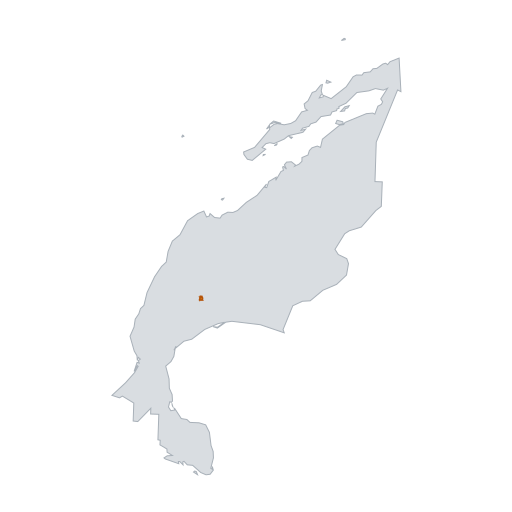 Alfajayucan, Hidalgo, Mexico (highlighted), rotated 92°
{"feature_id": "50627088B1030892779314", "entity_name": "Alfajayucan", "entity_type": "district", "adm_level": 2, "iso_a3": "MEX", "parent_name": "Mexico", "parent_adm1": "Hidalgo", "projection": "mercator", "projection_center": [-99.403, 20.41], "detail": "fine", "context": "in_parent", "style": "filled", "palette": "amber", "viewbox_px": 512, "rotation_deg": 92, "n_neighbors": 0, "source": "geoboundaries", "source_scale": "gbopen_adm2", "svg_char_len": 4760}
<svg xmlns="http://www.w3.org/2000/svg" viewBox="0 0 512 512"><g transform="rotate(92 256 256)"><path d="M53.2,119.9L86.7,116.9L85.1,120.3L138.0,139.8L177.5,139.7L177.5,132.4L202.0,132.5L206.3,137.7L223.4,151.8L227.5,163.6L230.6,168.1L246.6,177.3L251.7,173.8L255.5,165.2L260.4,163.3L271.9,164.9L281.5,174.4L287.9,188.0L298.9,200.3L299.6,208.0L304.4,217.5L328.6,226.4L331.8,225.1L324.5,249.3L322.1,277.8L323.2,283.9L329.4,292.1L328.1,296.4L328.5,292.0L323.3,285.1L324.9,291.5L331.2,304.7L341.4,317.3L343.7,325.1L350.9,333.1L348.9,332.8L353.0,334.7L351.7,333.6L359.2,334.6L364.5,337.3L369.2,342.4L381.9,338.6L391.2,338.0L397.4,335.0L403.9,334.4L405.2,335.5L404.7,337.1L410.0,338.2L413.6,335.7L412.7,331.7L410.9,332.6L411.4,331.8L421.1,325.0L421.8,319.4L424.6,316.2L424.7,307.1L426.5,300.4L433.9,296.4L447.1,294.3L452.8,292.0L459.2,291.5L469.8,293.8L470.6,292.3L467.9,292.3L471.5,291.2L475.7,294.2L476.4,298.3L474.3,303.7L467.4,312.0L467.1,317.4L463.7,320.8L464.3,322.0L467.3,321.6L464.1,325.0L464.1,326.4L466.3,325.9L462.0,339.6L461.0,340.9L458.8,337.8L458.3,332.6L455.2,338.0L452.0,338.3L448.1,345.4L443.5,345.3L443.1,347.6L417.6,347.6L417.6,355.8L411.8,355.8L425.6,368.4L425.2,373.0L407.2,373.0L400.7,384.6L402.5,387.5L400.3,395.1L387.3,382.0L376.8,373.3L370.4,369.9L369.7,370.8L375.6,373.8L366.4,371.1L367.1,369.0L364.6,369.9L363.1,368.0L361.4,370.0L364.5,371.0L359.8,371.5L355.2,374.4L340.6,379.1L331.3,375.4L323.3,374.5L317.9,371.1L312.6,369.6L309.3,366.3L296.3,363.6L280.2,356.6L269.7,350.0L265.2,345.5L254.4,344.0L244.0,340.1L237.4,332.7L223.1,325.6L215.6,315.7L212.9,309.7L218.7,306.8L217.7,304.2L215.2,303.4L219.0,298.7L219.4,293.2L216.3,291.3L213.2,285.7L213.3,280.6L211.2,276.1L202.7,267.5L195.3,257.0L183.7,248.0L187.0,249.7L187.3,247.7L181.1,245.8L176.5,238.6L179.7,238.9L170.7,234.0L169.5,231.6L166.1,232.5L165.6,231.4L168.1,228.6L163.8,230.8L161.1,228.7L160.6,223.9L163.7,219.7L164.9,220.5L162.7,216.2L159.8,213.4L156.0,213.5L153.3,207.6L148.7,206.3L145.9,203.8L144.0,198.6L145.2,195.3L136.9,193.7L122.4,177.0L121.6,173.0L119.4,171.7L109.9,150.7L109.1,144.3L110.1,142.2L102.0,139.4L100.1,136.0L97.5,134.8L94.7,136.8L83.8,130.4L85.8,134.5L84.5,142.5L87.0,148.9L89.1,160.9L100.2,171.4L103.8,178.5L105.4,178.1L106.3,180.3L107.9,180.5L109.4,185.1L112.5,186.4L114.4,195.9L120.1,200.7L122.0,205.9L124.6,207.6L126.6,213.9L128.9,215.4L127.5,210.8L130.7,213.4L134.6,227.7L138.1,231.8L143.0,241.9L142.3,246.2L143.4,250.0L147.4,253.7L148.9,250.0L160.6,263.1L159.6,268.0L155.0,271.6L152.5,272.0L147.5,261.2L129.1,246.7L127.4,246.9L123.7,242.4L122.9,239.2L123.9,232.4L122.3,225.8L119.4,221.1L110.4,215.4L108.6,209.7L106.9,212.1L102.4,213.2L99.0,209.4L90.6,205.5L89.3,202.1L82.9,197.3L82.3,195.6L88.8,196.6L92.6,195.2L92.6,196.7L95.8,198.3L94.6,194.4L93.1,194.2L96.1,186.4L83.7,171.7L73.5,165.2L71.6,161.9L71.5,156.4L69.0,154.6L68.0,148.3L64.8,145.6L64.3,141.8L59.7,135.9L58.8,133.1L60.2,131.2L57.1,128.8L53.2,119.9ZM121.8,177.2L120.8,181.0L117.5,179.7L118.8,174.0L120.7,173.4L121.8,177.2ZM108.6,176.5L103.8,172.4L102.5,168.1L104.9,169.5L105.5,171.9L107.9,172.5L108.6,176.5ZM474.1,310.9L473.0,309.7L473.6,308.1L476.6,306.8L474.1,310.9ZM123.9,246.9L120.5,243.1L122.5,235.5L122.0,242.3L123.9,246.9ZM80.5,192.1L77.9,191.5L79.6,187.3L80.8,190.4L80.5,192.1ZM37.6,178.2L35.4,175.5L35.9,174.3L36.7,174.4L37.6,178.2ZM126.7,247.0L128.7,249.9L124.5,247.1L126.7,247.0ZM201.3,291.4L200.9,292.6L199.9,292.1L199.4,290.1L201.3,291.4ZM144.3,239.3L145.1,241.6L142.8,238.6L144.3,239.3ZM136.1,223.8L137.3,224.9L135.5,227.0L136.1,223.8ZM139.8,334.0L139.0,334.3L137.7,333.4L138.8,332.2L139.8,334.0ZM408.4,334.4L406.1,335.0L410.0,333.7L408.4,334.4ZM155.4,252.4L154.3,252.2L154.1,250.0L155.4,252.4Z" fill="#d9dde1" stroke="#a8b0b8" stroke-width="1"/><path d="M301.9,308.2L301.8,308.3L301.8,308.5L301.7,308.5L301.4,308.5L301.4,308.4L301.4,308.1L301.2,308.0L300.8,308.0L300.8,307.9L300.7,307.9L300.4,307.9L300.2,307.9L299.9,307.9L299.7,308.0L299.4,308.1L299.1,308.2L299.1,308.3L298.9,308.3L298.9,308.5L298.7,308.6L298.8,308.6L298.9,308.8L299.0,308.9L299.0,309.0L298.9,309.1L298.7,309.1L298.8,309.2L298.7,309.3L298.8,309.3L298.7,309.5L298.7,309.8L298.5,310.0L298.5,310.3L298.4,310.3L298.4,310.5L298.5,310.5L298.8,310.5L299.0,310.4L299.2,310.5L299.3,310.4L299.3,310.5L299.3,310.4L299.3,310.5L299.3,310.4L299.3,310.5L299.4,310.4L299.4,310.5L299.5,310.5L299.8,310.5L300.0,310.6L300.3,310.6L300.5,310.6L300.7,310.4L300.8,310.4L301.0,310.4L301.1,310.5L301.2,310.8L301.3,310.8L301.3,310.7L301.5,310.8L301.5,310.6L301.8,310.6L301.7,310.5L301.7,310.4L301.8,310.4L301.9,310.2L301.9,309.9L301.9,309.7L302.0,309.6L301.9,309.5L301.9,309.4L301.8,309.0L301.8,308.8L301.8,308.7L302.0,308.6L302.0,308.4L301.9,308.3L301.9,308.2L301.9,308.2Z" fill="#f59e0b" stroke="#b45309" stroke-width="1.5"/></g></svg>